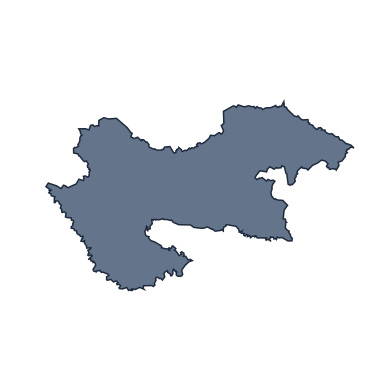 Tiquicheo de Nicolás Romero, Michoacán, Mexico, rotated 108°
{"feature_id": "50627088B35926432685545", "entity_name": "Tiquicheo de Nicolás Romero", "entity_type": "district", "adm_level": 2, "iso_a3": "MEX", "parent_name": "Mexico", "parent_adm1": "Michoacán", "projection": "natural_earth1", "projection_center": [-100.779, 19.071], "detail": "fine", "context": "isolated", "style": "filled", "palette": "slate", "viewbox_px": 384, "rotation_deg": 108, "n_neighbors": 0, "source": "geoboundaries", "source_scale": "gbopen_adm2", "svg_char_len": 6024}
<svg xmlns="http://www.w3.org/2000/svg" viewBox="0 0 384 384"><g transform="rotate(108 192 192)"><path d="M303.0,224.6L305.2,221.9L304.1,220.1L304.5,219.4L304.0,218.3L302.8,219.1L302.2,215.8L298.9,212.3L299.3,207.7L298.6,208.7L296.1,209.0L293.4,201.3L293.8,199.6L292.0,198.5L290.4,199.6L287.1,198.9L285.4,200.0L284.3,199.6L283.7,198.6L284.4,196.2L283.9,195.0L284.9,192.9L281.1,191.7L278.1,193.5L276.8,193.2L274.4,191.0L276.1,190.1L276.6,187.5L278.2,186.3L278.0,185.5L275.6,184.9L272.2,186.1L271.0,185.7L272.4,184.0L272.0,183.1L273.1,182.7L272.9,181.7L275.2,181.7L276.1,180.7L276.5,179.0L275.1,175.9L273.2,175.4L269.5,177.7L263.7,175.8L259.2,173.3L257.2,170.5L256.6,172.6L257.6,175.0L255.1,178.1L255.8,180.3L254.4,180.0L252.7,180.9L252.1,183.3L253.2,184.2L254.4,182.7L256.5,184.5L253.3,188.6L252.9,190.6L250.8,189.9L249.2,193.5L249.5,194.1L252.1,194.4L252.2,196.4L254.4,195.1L254.5,196.1L253.8,196.0L253.3,197.0L254.1,198.9L254.5,203.8L253.0,204.1L252.6,204.9L251.0,212.2L251.0,215.8L250.0,218.0L248.9,219.3L247.8,219.1L248.0,221.5L247.2,222.9L243.5,225.1L243.9,224.7L241.4,224.2L238.7,224.6L239.3,223.2L241.2,224.0L241.4,222.8L243.2,222.1L241.1,222.2L240.0,220.4L237.5,221.3L234.5,220.0L230.8,221.8L231.0,220.3L230.1,220.3L229.6,219.2L229.9,217.8L229.2,217.6L228.8,215.0L226.5,211.6L227.0,210.9L225.9,207.1L225.6,203.1L225.0,202.5L226.6,200.6L227.2,194.5L223.8,183.3L225.1,179.3L224.0,173.7L222.9,169.8L220.4,166.6L221.4,161.6L220.9,161.1L222.1,157.9L219.8,153.0L218.7,152.3L219.4,150.2L215.9,151.1L214.0,149.2L212.5,149.4L212.2,148.0L211.0,139.5L213.3,135.8L215.6,134.7L213.7,132.4L215.5,133.0L216.0,132.5L215.3,129.3L217.1,129.5L217.5,127.9L215.7,127.0L215.4,125.8L217.3,125.5L215.6,123.3L217.4,122.3L215.6,120.9L214.1,118.1L215.1,118.1L214.4,117.2L215.5,115.8L212.7,106.9L214.4,107.2L214.9,106.6L214.0,106.0L213.7,103.7L214.6,101.6L213.0,104.1L211.0,102.9L210.5,103.3L210.0,100.6L211.4,99.5L210.4,98.5L211.1,97.0L208.5,97.0L208.7,94.6L207.5,92.4L208.9,85.5L207.5,81.8L205.0,82.4L204.0,84.4L202.0,85.3L200.9,87.2L199.3,87.5L198.5,90.5L197.2,92.2L192.0,93.4L191.6,92.8L191.2,94.0L189.7,94.2L188.9,95.0L189.3,97.0L180.8,98.8L175.1,97.0L171.9,103.0L173.2,108.3L172.7,110.7L173.4,111.6L170.9,115.4L167.9,116.8L164.1,116.8L163.1,117.5L159.7,117.6L156.1,116.5L155.6,118.3L156.9,120.7L156.6,123.7L158.6,124.5L156.6,129.8L158.2,131.6L158.0,132.4L160.2,134.1L158.8,136.5L156.0,135.9L150.8,133.9L149.8,127.2L147.2,127.4L143.9,125.8L145.0,121.0L142.7,119.5L143.1,118.8L141.4,114.7L139.4,114.7L139.6,111.9L145.2,108.4L145.4,107.5L154.9,103.0L155.3,100.9L154.2,100.1L154.1,98.9L150.0,97.1L147.4,98.6L145.4,97.7L143.8,98.3L142.0,97.1L141.1,98.2L138.9,98.1L134.2,95.5L135.1,94.5L134.4,90.1L135.3,88.5L129.4,85.6L125.8,81.7L121.7,78.7L121.3,75.1L123.1,71.4L125.8,72.1L127.0,70.7L126.4,69.6L128.0,68.3L126.3,65.2L126.0,62.6L126.6,61.6L121.4,60.4L118.5,62.2L116.1,59.0L110.9,57.1L108.4,57.9L106.7,56.4L106.0,58.0L104.4,57.4L103.8,57.8L102.2,55.7L100.6,55.1L99.9,53.4L100.2,51.5L98.4,55.1L98.1,59.1L98.5,60.0L96.3,65.3L96.7,67.6L94.3,69.7L95.0,72.8L93.2,77.1L94.3,78.6L94.3,81.2L93.4,84.1L92.0,84.6L93.0,87.9L91.8,87.9L91.0,89.6L92.2,91.8L93.1,91.6L93.9,92.6L92.9,95.9L91.3,97.7L91.0,101.9L90.1,101.7L89.9,103.0L87.3,104.1L89.2,108.8L89.1,110.9L86.8,114.7L88.1,115.7L88.1,118.3L84.0,126.8L82.3,128.4L82.5,130.4L77.7,132.6L83.0,133.5L83.3,135.0L84.7,135.7L84.3,136.6L85.0,137.4L83.8,139.1L87.4,143.0L89.3,148.0L91.8,150.2L90.8,151.8L91.3,155.6L90.7,156.6L92.8,157.7L91.5,159.4L92.4,161.2L92.5,164.8L94.9,168.6L94.9,175.0L97.9,176.0L97.1,177.9L97.4,179.4L105.6,187.0L116.9,182.9L119.7,184.7L124.2,180.8L127.3,181.4L128.0,182.3L127.1,184.0L127.5,185.0L131.4,187.9L132.4,192.0L135.5,192.3L141.0,195.5L143.4,198.1L142.7,199.7L143.9,200.9L143.8,201.7L145.8,202.2L146.7,200.7L148.3,203.1L149.9,203.8L149.9,205.8L151.6,207.0L151.0,208.0L154.2,209.9L154.6,211.8L156.2,213.4L156.3,214.2L155.0,215.2L153.9,218.1L154.5,217.8L156.4,219.6L157.2,219.2L157.8,220.0L159.4,219.5L160.5,221.4L155.6,227.0L157.7,231.9L160.5,232.6L160.7,233.6L161.7,234.0L163.1,238.8L162.4,240.9L163.1,241.9L162.5,246.5L161.6,247.5L160.2,247.6L158.3,250.5L158.7,251.5L157.3,254.2L157.8,256.0L158.7,255.7L158.9,256.2L156.7,260.7L159.0,263.5L158.5,267.2L154.6,267.1L154.5,268.4L150.9,273.4L145.3,286.6L148.3,293.9L148.6,298.8L152.7,302.7L158.0,301.2L158.2,302.7L159.8,305.0L158.8,307.1L160.0,309.1L164.7,309.1L164.8,313.0L166.9,319.2L168.9,316.9L170.5,316.3L172.2,314.1L173.1,315.2L175.1,315.3L178.5,314.4L182.4,315.1L183.5,314.1L185.7,316.1L185.8,317.3L187.2,318.1L191.5,316.6L191.0,312.2L192.6,310.8L192.6,309.9L195.9,305.0L196.3,303.4L195.1,302.0L197.4,299.2L198.9,299.7L200.7,299.0L201.3,297.1L201.9,296.3L202.4,296.9L202.9,295.6L204.8,296.1L206.5,295.2L209.4,295.0L210.0,295.8L209.7,298.4L210.6,300.1L212.7,298.9L214.6,298.8L214.8,303.5L220.1,304.6L226.3,311.4L225.2,314.3L225.3,316.4L229.2,317.5L228.0,322.6L227.9,331.4L232.1,332.5L233.8,326.7L234.7,328.3L235.7,327.3L237.0,327.9L237.6,325.2L239.0,324.7L239.0,320.8L240.6,321.0L244.6,319.7L244.1,318.6L242.7,319.1L242.0,317.0L242.6,315.3L244.0,314.8L245.0,312.2L247.9,312.3L249.1,310.1L250.3,310.2L251.6,309.3L250.4,307.3L251.1,305.2L254.7,304.7L255.0,303.1L253.9,298.9L256.0,298.0L255.8,296.1L257.2,295.2L258.5,295.7L260.7,295.1L262.4,296.1L263.8,295.6L263.3,293.3L264.9,291.7L264.6,289.7L266.6,288.9L267.6,287.3L267.5,285.7L268.7,284.3L268.7,282.9L267.8,282.1L269.6,281.5L270.8,282.4L273.1,282.4L272.8,280.3L271.6,279.1L273.6,278.6L275.9,275.8L277.9,274.7L276.2,271.0L277.5,270.9L279.6,273.1L281.8,270.8L282.7,271.6L284.4,271.4L284.5,270.2L282.8,268.1L283.7,267.2L288.3,269.8L286.7,267.8L288.8,266.7L288.4,264.3L289.6,264.3L289.1,262.9L289.6,262.1L291.3,261.0L296.2,262.2L297.5,261.2L297.6,258.3L296.1,257.8L295.6,255.7L294.9,255.2L296.5,253.4L295.8,252.4L296.0,246.9L297.0,245.3L299.0,247.0L301.9,246.1L302.0,245.1L300.2,242.1L301.8,238.9L300.0,236.3L301.1,234.3L302.4,235.3L303.3,234.6L302.3,232.5L303.3,231.0L305.6,231.8L306.3,231.3L305.6,228.0L303.0,224.6Z" fill="#64748b" stroke="#1e293b" stroke-width="1.5"/></g></svg>